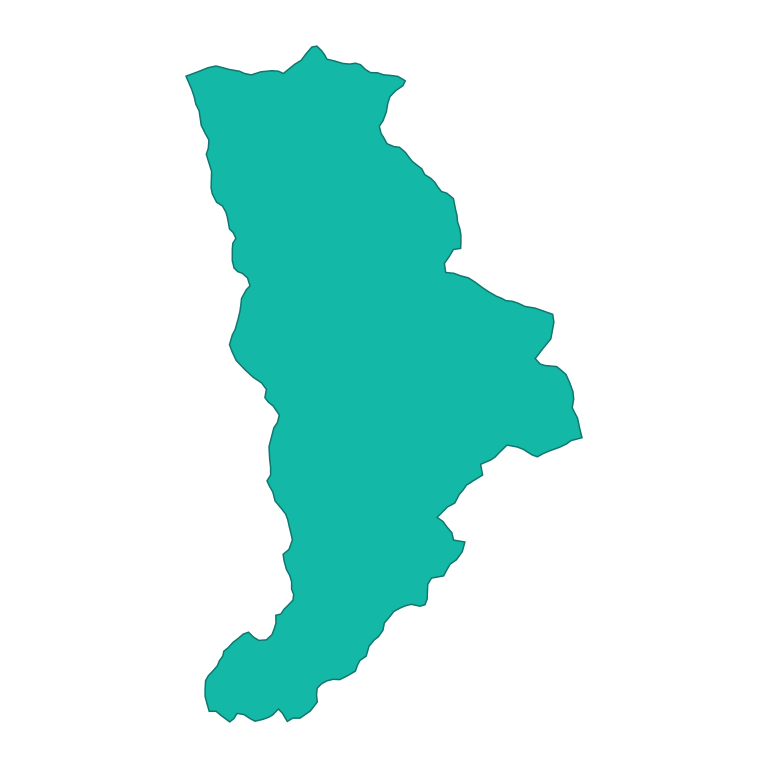 outline of Fernandópolis, São Paulo, Brazil
{"feature_id": "56859067B33665178347433", "entity_name": "Fernandópolis", "entity_type": "district", "adm_level": 2, "iso_a3": "BRA", "parent_name": "Brazil", "parent_adm1": "São Paulo", "projection": "albers", "projection_center": [-50.287, -20.283], "detail": "fine", "context": "isolated", "style": "filled", "palette": "teal", "viewbox_px": 768, "rotation_deg": 0, "n_neighbors": 0, "source": "geoboundaries", "source_scale": "gbopen_adm2", "svg_char_len": 3382}
<svg xmlns="http://www.w3.org/2000/svg" viewBox="0 0 768 768"><path d="M267.0,480.8L269.2,485.7L272.8,492.0L275.1,501.0L281.0,508.1L285.7,514.1L287.8,519.9L289.3,526.7L291.0,533.6L292.4,539.8L289.0,549.4L283.1,554.3L284.1,560.9L286.5,569.6L289.8,575.6L291.6,581.7L291.6,589.1L293.7,594.5L292.9,600.2L288.3,605.1L284.0,609.3L280.9,614.0L275.8,615.3L276.0,622.9L274.3,628.7L271.9,634.8L266.3,639.9L258.8,640.4L253.5,637.1L248.5,632.2L243.2,634.1L238.0,638.6L233.1,642.3L228.1,647.8L223.8,651.2L222.8,656.1L219.4,660.7L217.3,665.9L213.2,670.6L208.4,675.7L205.6,680.6L205.1,688.4L205.1,696.3L206.8,702.9L209.2,711.3L216.1,711.3L220.9,715.4L229.7,721.9L233.8,718.7L237.1,713.4L244.1,714.6L250.1,718.6L255.0,721.2L262.4,719.5L268.6,717.3L272.7,714.9L278.4,709.0L282.4,713.2L287.3,721.4L292.9,718.1L300.1,718.1L310.3,711.0L317.3,702.0L316.5,695.0L317.2,688.2L321.4,683.9L326.7,680.9L333.1,679.3L339.8,679.6L347.0,676.0L355.4,671.1L357.5,665.0L360.0,660.4L366.2,656.1L369.0,646.2L374.4,639.7L378.3,636.9L382.9,630.4L384.4,622.9L389.3,617.2L393.9,611.4L401.0,607.6L405.4,605.8L411.2,604.3L420.0,606.2L424.9,604.8L427.2,598.9L427.7,584.4L431.5,578.1L443.6,575.9L446.6,570.2L450.2,564.1L456.4,559.8L462.3,551.6L464.9,542.0L453.6,540.1L451.8,532.7L447.2,527.3L443.0,521.5L437.1,517.4L447.4,507.0L454.8,503.0L459.2,494.5L462.8,490.4L466.4,485.2L473.4,480.7L482.6,475.0L480.6,464.3L491.0,459.8L495.1,457.0L499.3,452.6L507.0,445.1L517.3,447.0L523.2,449.3L532.1,454.9L537.4,456.8L543.3,453.5L550.0,450.7L559.7,447.2L566.6,443.9L571.0,440.6L582.0,437.7L579.7,428.4L577.5,418.0L574.4,412.2L572.2,407.6L573.7,399.1L572.9,391.5L569.6,382.5L566.0,374.5L561.6,370.6L556.7,366.6L544.9,365.5L540.1,364.0L535.2,358.6L542.7,348.8L550.8,338.9L551.9,333.1L553.9,322.1L552.7,314.3L535.0,308.1L524.8,306.4L518.6,303.4L512.4,301.3L505.8,300.6L501.4,298.2L496.3,296.2L488.9,291.9L482.7,287.8L475.0,282.1L468.5,277.9L460.6,275.8L453.9,273.3L445.7,272.5L444.4,263.4L449.3,256.4L453.4,249.5L460.6,248.4L460.9,243.2L460.9,235.1L459.8,228.7L457.5,221.7L457.0,215.6L455.7,210.2L453.4,198.6L446.8,193.2L441.4,191.5L437.5,186.6L434.9,182.4L430.6,178.2L424.7,174.6L421.8,168.8L417.2,165.3L412.4,161.5L409.0,157.3L405.4,152.4L399.5,147.3L393.9,146.6L387.0,143.7L383.9,137.9L381.1,133.5L379.3,126.2L383.1,120.6L386.3,112.0L387.8,103.3L389.9,96.7L395.8,90.6L402.9,85.7L405.3,80.8L397.8,76.4L390.2,75.4L383.5,74.8L377.6,72.8L370.5,72.6L365.6,69.6L360.5,64.7L355.4,63.2L349.8,64.1L343.1,63.5L333.9,60.8L326.9,59.2L324.6,54.8L321.7,50.8L316.9,46.1L311.8,47.1L305.8,54.1L301.2,60.3L294.8,64.2L283.3,73.5L278.4,71.2L272.0,70.7L260.9,71.8L251.2,74.9L244.2,73.4L239.4,71.2L229.4,69.5L221.7,67.4L216.0,66.0L208.1,67.7L198.3,71.6L186.0,76.2L191.7,89.4L194.2,96.9L195.8,104.1L199.1,110.7L200.1,117.5L201.2,125.2L205.2,133.4L208.9,139.9L208.3,148.4L206.3,154.3L211.6,171.4L211.1,187.8L212.3,193.8L216.6,202.3L222.5,206.0L225.9,212.1L227.4,217.3L229.5,229.0L233.1,232.5L235.9,238.3L232.8,243.3L232.3,249.3L232.3,260.7L234.1,268.1L237.7,271.6L242.3,273.3L247.5,277.9L250.0,285.8L246.2,289.9L241.5,298.5L241.0,303.7L240.0,311.2L238.0,319.5L235.1,329.7L232.3,335.0L229.5,344.7L232.1,351.7L236.2,360.5L245.4,370.1L253.3,377.4L261.6,382.9L266.4,389.4L264.9,397.6L268.2,402.0L273.1,405.9L279.3,415.1L277.4,422.6L273.9,427.7L269.0,446.6L269.7,459.4L270.6,467.4L270.6,475.1L267.0,480.8Z" fill="#14b8a6" stroke="#0f766e" stroke-width="1.5"/></svg>